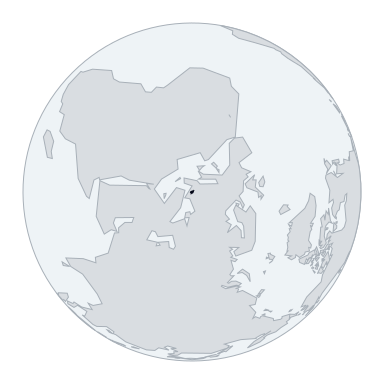 globe centered on Smolyan, rotated 132°
{"feature_id": "BGR-2236", "entity_name": "Smolyan", "entity_type": "Province", "adm_level": 1, "iso_a3": "BGR", "parent_name": "Bulgaria", "parent_adm1": "", "projection": "orthographic", "projection_center": [24.659, 41.628], "detail": "fine", "context": "on_globe", "style": "filled", "palette": "ink", "viewbox_px": 384, "rotation_deg": 132, "n_neighbors": 0, "source": "natural_earth", "source_scale": "10m", "svg_char_len": 10998}
<svg xmlns="http://www.w3.org/2000/svg" viewBox="0 0 384 384"><g transform="rotate(132 192 192)"><circle cx="192" cy="192" r="169" fill="#eef3f6" stroke="#a8b0b8"/><path d="M129.8,34.9L134.6,33.5L129.8,35.2L132.4,34.6L138.6,32.6L142.1,31.4L159.6,29.5L180.2,27.6L186.5,26.1L185.3,27.5L197.1,24.6L208.1,24.9L195.8,25.3L194.6,25.9L202.1,26.2L202.6,26.9L206.5,27.7L206.3,28.7L199.1,29.3L198.8,30.1L204.2,30.3L207.4,31.8L199.6,31.4L204.3,34.0L193.2,36.5L172.4,35.9L166.2,39.6L144.9,45.7L146.9,46.6L140.1,50.0L139.9,52.5L136.0,53.3L139.2,54.7L142.7,53.5L145.3,53.8L145.5,55.3L140.6,56.4L139.8,55.8L138.5,57.0L135.9,57.0L137.3,57.8L131.3,59.3L137.5,60.1L132.9,63.2L128.8,63.6L129.0,60.5L120.1,55.3L116.0,55.4L110.2,58.3L99.6,69.7L95.3,71.4L89.6,75.9L92.0,76.1L97.4,72.7L100.6,74.6L106.8,70.7L109.0,71.1L115.5,68.6L114.7,72.4L110.5,77.5L105.1,79.8L103.1,82.3L108.4,83.0L98.5,90.7L92.4,102.0L89.8,103.8L84.4,101.6L83.9,93.6L77.0,92.2L81.7,96.7L75.2,102.0L74.2,104.5L74.6,106.5L77.2,106.1L75.0,108.8L69.5,105.0L71.4,102.4L73.2,103.5L72.9,100.0L69.1,98.1L66.1,101.3L63.7,96.4L61.5,98.7L59.7,99.2L63.4,95.6L56.8,102.1L53.4,99.7L44.4,111.9L53.0,98.3L56.0,93.3L58.8,88.7L57.3,90.5L63.0,82.9L63.5,82.3L72.8,72.2L82.9,63.0L93.7,54.6L105.2,47.0L117.2,40.5L129.8,34.9ZM28.5,149.6L28.5,149.4L28.0,152.6L26.2,159.8L27.4,156.6L26.1,163.4L26.3,175.2L25.8,175.9L25.7,194.8L28.5,209.9L29.2,217.9L28.5,219.9L30.2,224.8L30.3,227.1L39.5,246.3L46.5,260.1L47.8,267.5L44.9,269.6L49.3,282.2L47.9,280.2L41.9,269.5L36.6,258.3L32.2,246.8L28.6,235.0L25.9,223.0L24.1,210.8L23.2,198.5L23.1,186.1L24.0,173.8L25.8,161.6L28.5,149.6ZM42.1,115.2L35.4,132.0L36.8,126.4L37.0,126.5L39.2,121.4L42.4,114.0L44.3,109.9L42.1,115.2ZM44.5,113.8L45.4,111.5L44.8,113.3L44.5,113.8ZM143.5,30.9L138.7,32.5L133.0,34.2L136.9,32.7L143.5,30.9ZM154.5,28.7L152.4,29.4L149.6,29.4L151.7,29.0L154.5,28.7ZM190.9,25.2L186.9,25.3L190.7,25.0L190.9,25.2ZM207.0,27.6L208.0,27.4L209.6,27.9L207.0,27.6ZM115.4,66.8L115.4,67.7L114.2,67.7L115.4,66.8ZM118.2,65.0L116.8,64.4L118.0,63.4L118.8,63.8L118.2,65.0ZM210.8,30.1L213.1,31.1L209.5,30.1L210.8,30.1ZM119.7,66.1L120.1,61.9L122.1,60.3L127.0,60.7L119.7,66.1ZM213.6,31.8L219.1,34.8L221.8,34.4L217.3,37.5L214.1,33.7L209.3,32.4L212.8,32.6L213.6,31.8ZM143.8,52.5L140.0,53.8L143.0,51.4L143.8,52.5ZM145.1,51.0L150.6,44.0L156.4,43.0L153.3,45.4L160.6,43.4L160.7,46.4L156.7,48.2L153.0,48.1L155.9,49.3L145.1,51.0ZM213.9,38.9L214.2,39.9L212.5,39.0L213.9,38.9ZM146.6,53.7L147.2,52.3L152.2,51.3L151.9,54.1L150.4,53.5L146.6,53.7ZM162.5,41.6L166.2,41.6L167.3,43.9L168.8,44.2L161.2,46.4L162.5,41.6ZM149.4,54.5L151.7,55.6L149.5,57.4L146.4,55.1L149.4,54.5ZM153.7,50.0L156.0,49.7L154.6,50.7L153.7,50.0ZM143.0,65.1L143.6,63.1L146.3,62.4L143.0,65.1ZM152.7,55.9L153.4,55.2L154.5,54.8L155.5,55.9L152.7,55.9ZM162.5,48.0L162.2,49.1L165.7,47.2L166.6,49.1L161.4,50.3L164.0,50.6L164.3,51.2L159.7,51.5L162.5,48.0ZM160.0,55.9L153.6,58.4L151.9,62.1L149.4,62.7L152.7,56.7L160.0,55.9ZM160.2,53.2L159.5,55.0L156.9,54.8L155.7,53.5L160.2,53.2ZM169.2,50.0L169.1,46.8L170.2,46.7L169.2,50.0ZM160.0,56.9L161.5,56.3L160.2,57.2L160.0,56.9ZM166.9,52.1L166.7,50.9L168.1,50.8L166.9,52.1ZM164.7,56.2L162.7,56.9L161.8,56.0L164.7,56.2ZM166.2,54.3L168.0,54.5L162.8,55.2L165.9,53.8L166.2,54.3ZM168.2,52.2L168.9,51.7L168.1,52.7L168.2,52.2ZM169.1,59.4L162.7,60.6L160.8,58.5L167.3,57.6L169.1,59.4ZM92.5,266.6L82.1,240.2L87.1,233.5L87.8,222.8L122.2,196.6L129.7,201.1L156.9,201.5L160.3,203.4L157.3,212.2L177.8,224.8L184.3,217.7L202.8,223.3L215.0,222.0L219.0,204.9L199.1,206.5L195.4,198.4L211.3,189.9L228.8,188.6L227.9,185.5L216.8,179.6L220.6,173.0L212.9,177.1L216.1,180.1L211.4,182.9L208.1,180.4L209.6,178.0L204.3,177.0L198.5,189.1L201.2,193.5L187.4,196.0L190.6,203.7L186.9,207.3L180.2,195.7L180.7,191.4L168.5,178.3L166.6,183.0L178.1,195.8L174.6,194.7L172.2,201.7L171.2,195.5L159.2,180.9L146.7,182.0L130.9,196.9L123.5,196.5L117.3,191.1L122.8,173.8L138.7,176.7L140.8,171.3L137.5,161.8L142.6,163.7L143.2,160.4L149.1,161.2L157.4,154.4L163.4,154.4L166.5,144.5L170.1,143.3L167.2,149.4L168.5,153.9L183.4,154.3L186.3,152.3L187.1,146.0L191.1,147.1L190.0,141.0L198.6,138.5L187.2,136.6L187.8,129.8L192.9,124.7L191.1,122.3L182.8,130.8L181.4,134.5L183.4,138.2L177.6,149.0L172.5,150.6L170.8,138.5L163.3,139.5L165.3,130.2L186.4,112.0L195.3,108.6L210.3,116.6L208.3,121.0L201.9,120.1L207.9,127.0L207.4,123.5L210.7,124.6L212.2,118.9L214.6,119.5L211.9,113.3L215.0,113.4L216.7,117.3L221.6,109.6L228.1,108.6L228.0,106.6L226.1,104.8L235.7,105.0L235.2,103.6L231.9,102.9L228.8,99.7L227.0,94.2L230.4,94.6L231.5,96.6L238.9,101.7L241.3,107.3L242.5,107.0L241.3,102.2L232.2,96.0L230.2,92.6L234.8,95.0L233.0,93.8L233.1,92.3L236.3,91.3L231.4,88.6L227.4,72.9L233.3,69.8L237.9,73.3L238.7,64.1L245.3,62.2L242.2,61.4L240.5,57.1L238.5,57.6L236.9,56.9L231.6,47.0L233.0,45.3L227.3,41.0L225.7,40.7L224.3,41.7L217.3,37.5L221.8,34.4L225.2,35.1L225.7,33.1L233.3,35.2L239.8,36.2L247.8,40.3L252.2,41.2L251.9,40.3L257.8,41.1L270.8,46.5L261.6,45.8L242.3,40.4L250.3,42.7L248.9,43.4L252.0,45.1L257.6,46.9L258.0,46.3L269.1,57.0L283.4,66.2L281.4,61.6L284.4,61.3L299.0,69.7L318.6,92.0L322.8,93.4L325.9,96.5L328.5,101.7L324.1,97.2L322.9,98.6L320.0,95.6L322.7,103.0L318.7,98.9L322.7,107.0L325.8,108.6L324.9,103.3L330.1,112.5L334.6,113.6L339.8,120.2L347.7,140.9L349.0,153.0L350.0,155.8L348.1,156.4L349.2,165.4L355.6,172.8L356.7,176.9L356.8,191.4L356.1,188.7L351.1,190.2L352.8,201.2L356.7,202.5L358.1,209.5L356.3,211.6L354.5,205.8L352.7,206.1L351.3,197.1L346.2,187.5L344.1,194.8L342.5,189.6L335.2,184.0L331.2,194.2L326.2,218.3L328.5,232.3L325.4,241.6L314.3,228.2L308.9,216.0L305.2,220.1L293.5,213.4L274.3,222.2L271.3,219.2L267.7,222.6L259.5,221.5L254.8,216.2L249.9,218.2L262.4,231.8L267.6,229.7L271.5,221.4L274.1,226.8L282.0,229.0L274.2,246.9L245.2,268.0L242.0,257.8L217.8,230.1L218.3,226.3L218.2,225.9L217.9,225.2L216.1,231.5L211.8,225.6L225.1,246.4L227.5,255.4L244.8,268.8L243.3,270.8L248.7,272.9L265.6,264.0L265.8,267.5L258.1,285.7L234.3,310.6L237.2,321.7L235.2,331.0L220.0,338.7L220.9,344.2L213.0,347.0L212.2,349.8L205.6,353.0L194.7,355.6L176.7,355.2L175.9,353.2L167.3,348.1L155.5,333.0L160.4,326.1L158.9,319.6L145.8,302.4L148.7,293.6L145.1,288.9L137.8,288.6L133.6,282.8L129.2,281.7L101.2,276.7L92.5,266.6ZM110.7,213.2L109.8,216.4L110.7,213.2ZM247.6,195.9L257.8,193.6L252.5,184.1L256.0,182.6L252.9,180.1L252.0,183.5L244.4,176.2L248.5,171.8L246.9,167.4L243.4,168.0L237.1,177.4L248.0,187.5L246.0,192.6L247.6,195.9ZM26.3,175.5L26.2,178.3L25.9,176.4L26.3,175.5ZM35.8,128.3L34.9,130.8L34.1,133.1L34.5,131.6L35.8,128.3ZM31.9,148.6L31.5,152.0L31.3,149.7L31.9,148.6ZM34.6,134.6L32.1,146.2L31.8,142.5L33.7,135.4L33.1,138.6L34.6,134.6ZM42.3,116.4L41.5,118.3L40.9,119.1L42.3,116.4ZM44.0,115.2L44.1,114.7L45.0,113.0L44.0,115.2ZM75.5,102.2L75.9,102.6L75.8,105.0L74.7,104.6L75.5,102.2ZM82.3,112.3L78.7,116.5L80.5,113.0L78.3,113.1L79.3,106.1L88.6,104.4L84.2,106.3L82.3,112.3ZM83.3,96.8L81.6,101.1L83.1,96.5L83.3,96.8ZM140.5,142.7L142.5,145.3L140.3,148.8L132.6,149.8L135.8,144.6L140.5,142.7ZM146.0,148.3L146.4,136.6L151.2,135.9L148.4,138.2L151.5,138.9L147.9,142.9L152.1,154.0L150.4,158.0L137.2,157.0L142.4,155.0L140.1,152.4L146.0,148.3ZM139.1,111.5L139.4,107.4L149.4,111.0L148.0,114.5L140.3,115.4L137.4,111.9L139.1,111.5ZM128.2,68.0L127.6,66.8L129.0,66.4L130.5,67.1L128.2,68.0ZM143.1,64.2L132.0,72.8L130.8,71.9L125.7,78.6L120.6,78.7L124.1,74.3L116.3,79.7L117.4,75.8L112.5,79.8L120.7,69.9L121.4,66.9L122.6,70.1L127.3,70.0L129.5,69.0L136.3,64.2L140.0,58.1L145.2,57.3L147.9,58.4L147.9,59.8L144.5,59.8L146.8,61.6L141.8,62.7L143.1,64.2ZM176.7,76.7L172.9,75.3L176.7,80.8L171.7,81.2L172.5,81.8L169.0,83.8L166.0,87.4L163.7,87.1L163.6,88.6L161.2,90.1L160.2,92.3L155.8,92.5L154.2,95.2L153.0,93.8L151.5,98.5L150.7,95.2L147.6,97.0L150.0,99.2L128.7,97.2L120.4,99.5L113.9,103.4L113.3,97.7L119.1,90.7L127.8,84.2L135.9,83.0L134.1,80.9L137.5,79.7L137.5,81.9L139.6,78.0L142.3,77.7L150.0,73.0L151.4,67.9L154.2,66.3L155.1,68.2L157.3,65.2L160.9,67.7L163.0,66.7L168.7,68.3L169.1,72.8L171.5,71.3L175.8,72.7L176.7,76.7ZM170.6,60.0L172.3,64.9L170.4,67.6L161.3,63.7L158.9,64.3L153.1,62.3L155.9,58.5L157.3,59.4L159.4,59.4L157.7,60.5L160.6,59.6L162.6,60.9L165.4,60.5L165.2,62.2L170.6,60.0ZM164.2,200.4L166.8,201.0L170.9,200.9L169.5,205.5L164.2,200.4ZM155.8,190.5L158.1,190.2L158.1,196.3L155.4,195.8L155.8,190.5ZM159.5,185.0L158.3,189.7L157.3,186.9L159.5,185.0ZM169.4,148.9L172.0,148.3L172.2,149.8L170.8,151.9L169.4,148.9ZM186.9,94.4L185.0,92.8L185.8,92.1L184.5,87.3L188.1,86.8L190.2,89.5L186.9,94.4ZM215.6,208.2L212.1,211.8L210.3,210.4L211.9,209.4L215.6,208.2ZM189.7,209.4L195.6,211.5L189.2,210.7L189.7,209.4ZM190.6,93.1L189.7,91.1L192.0,92.2L190.6,93.1ZM190.6,86.3L193.4,87.0L188.4,86.2L190.6,86.3ZM263.0,322.7L250.5,339.3L242.8,341.3L241.9,338.0L246.9,328.7L256.0,323.8L260.6,318.2L263.0,322.7ZM358.3,222.0L357.6,225.1L358.2,221.7L359.1,216.7L358.3,222.0ZM358.1,222.0L356.3,223.9L350.7,217.0L352.8,213.5L358.0,212.8L357.7,215.4L358.8,215.4L358.1,222.0ZM360.4,205.3L360.2,207.1L360.1,202.2L360.2,197.3L360.6,194.8L359.6,172.0L359.7,171.3L360.5,179.7L360.5,179.8L361.0,192.5L360.4,205.3ZM329.2,233.1L332.8,238.5L330.8,241.8L329.2,233.1ZM357.5,159.2L359.0,168.7L357.1,157.8L357.5,159.2ZM355.3,150.3L356.0,152.7L355.5,151.8L355.3,150.3ZM351.6,159.6L351.3,163.0L350.5,161.2L350.3,155.8L351.6,159.6ZM343.7,126.0L346.8,131.3L347.8,133.7L346.2,131.8L343.7,126.0ZM219.7,88.7L217.4,95.6L218.2,100.8L222.3,103.9L215.5,102.8L214.4,94.7L219.7,88.7ZM226.1,74.7L222.5,72.4L224.6,71.7L225.8,72.1L226.1,74.7ZM223.5,74.5L218.0,75.0L216.3,72.7L221.0,72.7L223.5,74.5ZM204.3,83.5L203.4,85.6L201.5,84.6L204.3,83.5ZM356.1,151.8L357.0,155.8L355.5,149.4L356.0,151.4L356.1,151.8ZM356.8,155.0L356.0,152.2L355.7,150.5L356.8,155.0ZM354.9,147.1L354.1,144.5L354.4,145.4L354.9,147.1ZM353.9,146.1L354.7,146.7L355.2,150.4L351.3,140.7L350.8,137.9L353.9,146.1ZM326.9,94.0L324.9,92.1L323.4,89.4L325.2,91.4L326.9,94.0ZM316.6,79.7L322.3,88.1L326.6,95.4L327.0,94.9L331.2,100.3L328.6,98.8L323.0,90.6L320.4,85.8L316.6,81.9L312.5,76.9L308.1,73.5L305.3,70.7L308.5,72.4L316.6,79.7ZM306.3,72.3L297.1,65.8L295.9,62.8L297.6,63.5L302.3,67.7L302.7,69.0L306.3,72.3ZM294.5,63.4L294.8,64.8L281.9,60.3L278.9,58.7L288.0,59.9L288.8,61.3L292.2,63.1L294.5,63.4ZM215.9,39.8L214.3,39.9L215.1,39.2L215.9,39.8ZM235.8,57.3L233.7,56.3L234.7,55.4L235.8,57.3ZM228.6,53.2L228.9,54.9L227.2,53.0L228.6,53.2ZM229.8,58.9L228.3,55.5L231.8,59.0L229.8,58.9Z" fill="#d9dde1" stroke="#a8b0b8" stroke-width="1"/><path d="M191.2,192.3L191.1,192.2L190.7,192.0L190.8,192.0L190.8,191.9L190.7,191.8L190.8,191.8L190.8,191.7L190.7,191.6L190.8,191.5L191.0,191.6L190.9,191.7L191.0,191.7L191.2,191.4L191.3,191.3L191.5,191.2L191.8,191.2L192.0,191.1L192.3,191.1L192.5,191.3L192.8,191.5L192.9,191.8L193.0,191.8L192.9,191.9L192.9,192.0L193.0,192.0L192.9,192.1L192.7,192.1L192.8,192.2L192.8,192.3L193.1,192.3L193.1,192.5L193.1,192.8L192.9,192.9L192.6,192.7L192.4,192.7L192.3,192.8L192.2,192.8L192.1,192.7L191.9,192.6L191.8,192.4L191.7,192.3L191.7,192.2L191.5,192.3L191.4,192.3L191.2,192.3L191.2,192.3Z" fill="#0f172a" stroke="#020617" stroke-width="1.5"/></g></svg>